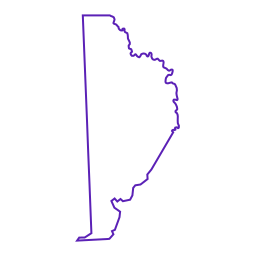 the district of Wayne, Pennsylvania, United States of America
{"feature_id": "52423323B52307790790570", "entity_name": "Wayne", "entity_type": "district", "adm_level": 2, "iso_a3": "USA", "parent_name": "United States of America", "parent_adm1": "Pennsylvania", "projection": "albers", "projection_center": [-75.192, 41.616], "detail": "fine", "context": "isolated", "style": "outline", "palette": "violet", "viewbox_px": 256, "rotation_deg": 0, "n_neighbors": 0, "source": "geoboundaries", "source_scale": "gbopen_adm2", "svg_char_len": 2501}
<svg xmlns="http://www.w3.org/2000/svg" viewBox="0 0 256 256"><path d="M82.8,15.4L87.0,120.5L88.2,152.2L89.5,184.0L91.4,233.2L84.7,237.5L79.2,237.6L77.1,240.6L107.8,239.0L109.4,238.8L113.4,234.3L112.0,231.1L114.9,229.8L119.5,217.2L120.1,211.7L114.4,207.7L111.4,201.0L114.6,198.5L117.3,201.5L120.5,199.0L122.9,201.2L130.1,199.7L132.4,195.4L133.2,187.9L135.3,185.3L140.5,184.5L147.6,179.0L147.3,174.5L151.4,169.5L173.2,132.3L172.1,131.1L172.1,130.5L172.8,130.0L173.6,129.8L174.7,130.0L175.4,129.6L175.4,129.2L175.0,128.2L175.3,127.6L176.7,127.3L177.1,127.4L177.9,128.1L178.1,128.1L178.5,128.0L178.8,127.5L178.9,125.8L177.9,123.4L177.8,122.9L177.7,120.5L177.8,116.2L177.5,114.4L176.6,112.7L175.9,112.5L175.7,112.3L175.5,111.5L175.6,110.9L176.9,109.7L177.2,109.3L177.2,108.6L176.9,106.8L176.0,104.7L175.3,103.5L173.7,101.8L173.4,101.0L173.4,100.4L173.8,99.7L175.0,99.6L177.0,100.1L177.3,99.9L177.5,99.5L177.6,99.0L176.7,95.4L176.4,93.1L176.9,90.3L176.7,88.0L175.1,84.4L174.2,83.8L173.4,83.6L172.5,83.2L172.2,82.7L171.8,82.4L171.0,82.5L168.1,83.3L167.5,83.3L166.3,83.1L165.7,82.5L165.6,82.1L165.5,81.6L165.6,80.3L165.7,79.3L166.0,78.0L166.2,77.6L168.1,75.1L169.1,74.8L170.6,75.1L171.3,74.8L171.6,74.5L172.1,73.4L172.6,71.6L172.7,70.5L172.6,70.0L172.1,69.6L171.3,69.6L170.9,69.7L169.6,70.6L168.8,70.6L167.9,70.1L166.5,68.6L163.6,67.3L163.2,66.5L163.2,66.0L163.2,65.1L163.5,63.4L163.6,62.1L163.3,61.2L163.1,60.9L162.4,60.6L160.4,60.9L159.7,60.8L157.7,58.7L156.9,58.8L156.3,59.1L154.9,59.8L154.1,59.8L153.0,59.4L152.4,58.9L152.0,58.2L151.4,56.6L151.6,54.3L151.3,53.4L151.0,53.0L150.2,52.7L149.7,52.8L149.2,53.5L148.9,54.8L148.5,55.8L148.1,56.3L147.8,56.4L147.4,56.4L147.0,56.0L146.7,55.7L146.5,54.9L145.8,54.3L145.1,53.8L143.7,53.5L142.5,53.7L141.3,54.2L140.2,56.3L139.4,57.2L139.0,57.2L137.7,56.6L137.0,56.0L136.1,54.7L135.6,54.3L135.1,54.4L134.1,55.4L133.4,55.8L131.9,55.8L131.4,55.3L130.9,54.6L130.7,54.0L130.6,53.3L131.1,52.5L131.8,52.0L132.0,51.4L131.3,49.4L130.8,49.0L129.8,48.8L129.0,48.4L128.7,46.7L128.7,45.5L129.8,44.1L129.8,42.6L129.3,41.3L128.1,38.9L127.9,38.1L127.9,36.8L127.7,34.8L127.3,33.2L125.1,32.1L124.7,31.4L124.5,30.8L124.6,29.2L124.1,28.6L123.1,28.6L122.7,28.8L122.4,29.1L122.5,30.3L122.4,30.4L121.9,30.5L120.5,30.3L119.9,29.9L118.8,28.7L118.4,26.8L117.9,26.5L116.3,24.6L114.9,24.0L114.1,23.8L113.5,23.2L113.5,22.8L114.5,19.8L114.5,19.2L113.8,17.4L112.6,16.6L111.1,16.1L109.8,15.4L100.4,15.4L94.0,15.4L93.0,15.4L84.1,15.4L82.8,15.4Z" fill="none" stroke="#5b21b6" stroke-width="2"/></svg>